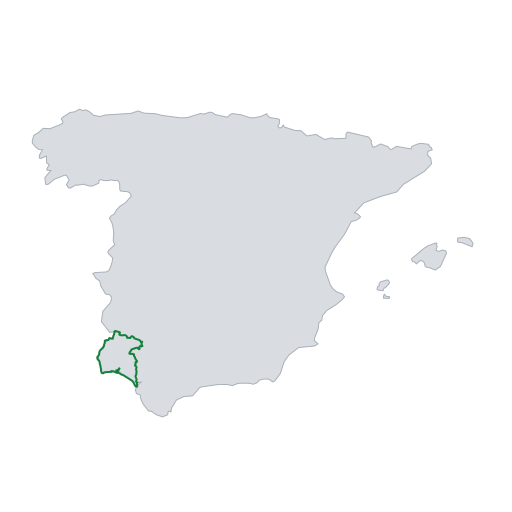 Huelva on a map of Spain (Natural Earth projection), rotated 357°
{"feature_id": "ESP-5824", "entity_name": "Huelva", "entity_type": "Autonomous Community", "adm_level": 1, "iso_a3": "ESP", "parent_name": "Spain", "parent_adm1": "", "projection": "natural_earth1", "projection_center": [-6.789, 37.509], "detail": "fine", "context": "in_parent", "style": "outline", "palette": "green", "viewbox_px": 512, "rotation_deg": 357, "n_neighbors": 0, "source": "natural_earth", "source_scale": "10m", "svg_char_len": 6271}
<svg xmlns="http://www.w3.org/2000/svg" viewBox="0 0 512 512"><g transform="rotate(357 256 256)"><path d="M274.3,114.5L274.4,115.8L277.0,118.5L284.6,120.0L286.6,121.1L286.3,124.8L284.5,127.9L286.2,129.3L288.0,129.2L290.2,126.7L290.7,128.4L294.2,129.9L301.9,132.8L307.4,133.2L313.1,138.8L322.2,137.7L330.5,143.2L338.2,142.0L340.0,143.0L351.9,143.2L352.4,138.7L353.8,137.0L374.7,143.1L377.3,146.9L377.0,148.8L378.2,153.3L380.9,153.1L386.3,150.6L393.4,153.7L395.4,156.4L396.9,156.6L402.1,153.9L416.6,157.2L417.1,155.1L418.1,154.4L424.0,152.5L426.5,152.1L434.2,153.5L435.2,156.1L436.8,157.0L437.5,159.2L433.1,160.5L432.7,164.3L435.6,167.5L436.1,173.1L428.7,180.2L406.9,192.2L399.9,199.4L383.5,203.1L366.5,208.5L356.6,218.1L359.2,218.9L362.4,222.2L361.4,223.6L357.0,225.9L353.0,226.5L345.9,238.4L335.9,250.7L332.2,256.2L324.4,270.6L324.5,274.7L328.8,289.0L331.2,292.8L334.5,295.9L340.6,298.6L342.2,301.3L340.1,303.8L334.1,308.3L323.6,314.3L319.2,319.1L318.3,323.7L315.3,325.8L314.2,332.3L310.1,341.2L309.9,343.6L313.3,346.9L310.0,348.9L293.6,349.7L283.6,356.7L278.6,363.0L274.1,374.6L268.6,381.4L266.2,382.7L262.3,379.7L257.5,379.2L252.8,380.2L250.4,382.6L246.6,383.9L242.9,382.8L234.8,382.2L231.2,382.3L225.7,384.2L220.8,382.9L212.7,382.3L195.1,383.8L192.9,384.5L185.2,392.4L176.7,392.5L169.0,395.7L163.8,403.3L162.8,407.4L161.3,406.4L160.1,406.8L159.5,409.9L154.2,411.8L148.2,409.3L143.2,405.5L140.6,405.2L136.4,399.3L134.5,395.6L133.2,391.5L133.1,388.7L129.4,387.1L128.5,383.4L131.2,378.5L134.8,375.9L131.4,376.1L129.0,379.2L125.8,374.2L113.1,364.5L113.7,361.1L111.6,363.7L110.1,364.4L103.6,363.9L96.1,365.1L93.0,348.7L94.9,342.9L103.3,331.7L108.6,330.1L110.7,324.4L105.9,324.6L98.2,313.5L100.2,303.1L107.9,295.3L109.2,292.2L109.4,289.3L108.0,287.2L103.8,286.1L99.5,277.9L98.6,272.8L95.0,269.9L92.1,264.9L94.8,264.1L105.6,264.1L108.2,262.8L110.2,259.4L112.2,253.8L112.7,250.4L108.5,245.5L108.3,244.5L108.9,242.8L115.5,237.4L114.2,233.4L115.2,224.9L114.7,219.9L114.0,215.9L111.7,210.6L113.2,208.5L116.6,206.7L119.3,202.4L123.3,198.8L128.5,195.9L134.6,189.6L133.6,186.8L131.5,185.2L124.1,184.0L123.5,182.7L123.6,175.9L121.6,173.1L118.9,173.4L114.8,172.3L113.7,173.0L108.5,172.8L104.8,171.6L103.2,172.6L102.8,175.0L96.6,177.5L93.1,177.4L87.3,175.3L80.9,176.0L80.1,175.5L74.5,178.3L72.7,178.4L70.4,175.0L73.4,170.1L70.8,165.5L69.1,165.3L58.8,168.7L52.8,173.2L50.4,173.8L49.6,173.0L49.3,166.6L55.6,159.8L51.7,159.4L51.9,157.4L54.4,154.3L51.8,152.0L51.9,145.2L46.3,147.3L44.9,147.0L44.8,144.3L48.3,138.8L44.7,138.2L42.0,136.1L38.6,131.7L38.6,129.3L40.5,123.8L45.4,121.2L50.2,117.4L56.7,118.1L66.6,114.9L70.0,113.2L69.9,110.9L68.7,109.2L69.8,107.6L77.7,103.0L82.6,102.5L87.4,100.2L90.7,101.7L93.6,101.2L96.9,102.9L101.2,107.0L107.6,108.6L112.6,107.3L138.6,107.0L146.0,105.0L151.7,107.5L162.8,108.6L169.5,110.7L187.9,114.1L194.6,114.2L207.9,110.8L211.6,111.6L216.9,110.0L219.5,110.3L222.9,112.7L234.7,115.9L237.8,113.2L240.1,112.6L248.6,114.2L257.2,117.6L261.6,117.9L268.1,116.9L274.3,114.5ZM436.0,259.7L439.1,261.0L442.3,259.8L444.0,260.2L445.8,260.9L446.3,263.4L439.7,276.0L434.3,279.4L428.6,276.7L425.4,276.0L424.4,275.0L423.5,271.0L422.0,269.7L419.8,269.1L415.6,272.3L414.2,270.2L412.1,269.8L411.3,268.5L411.3,266.8L424.3,257.1L428.1,254.9L436.1,252.4L437.4,252.8L436.4,254.3L437.5,255.7L436.0,259.7ZM473.4,254.6L472.3,258.1L462.2,253.4L458.9,252.9L458.1,252.2L458.3,248.7L464.9,248.2L470.4,249.9L473.4,254.6ZM382.2,294.8L381.1,297.3L376.2,296.4L375.1,295.4L376.1,292.6L377.5,292.3L377.5,290.3L378.9,288.3L385.9,286.7L387.5,288.0L387.9,290.0L383.8,294.3L382.2,294.8ZM387.3,304.8L386.6,305.3L381.2,304.8L381.1,303.2L382.1,300.9L384.1,303.2L387.2,303.6L387.3,304.8Z" fill="#d9dde1" stroke="#a8b0b8" stroke-width="1"/><path d="M95.8,364.6L95.3,362.8L95.2,361.9L95.4,361.3L95.1,359.9L94.8,356.7L94.3,355.5L94.4,355.0L94.3,354.1L94.1,353.1L93.9,352.4L93.7,352.1L93.1,351.7L92.9,351.4L92.6,351.0L92.5,350.7L92.3,349.9L92.2,349.9L92.1,349.4L92.6,348.9L92.6,348.7L92.7,348.3L92.6,348.1L92.9,347.9L93.8,346.9L94.0,346.6L94.2,346.0L94.5,344.1L94.9,342.9L95.5,342.0L98.5,339.5L99.4,338.0L99.7,336.6L100.4,334.7L100.6,334.0L100.6,333.6L100.5,333.2L100.5,332.9L100.7,332.6L101.7,332.4L102.1,332.2L102.5,332.2L102.9,332.3L103.3,332.4L103.7,332.2L104.2,332.1L104.4,331.9L104.7,331.5L105.1,330.6L105.3,330.3L105.9,330.4L107.7,331.1L108.6,331.0L108.8,330.1L109.1,329.5L109.4,328.3L110.0,327.1L110.5,325.7L110.7,325.1L111.0,324.0L110.9,323.9L111.5,323.5L115.9,325.0L116.1,325.3L116.1,325.5L116.0,325.8L115.8,326.1L115.7,326.3L115.4,326.9L115.4,327.1L115.5,327.4L115.8,327.6L116.2,327.7L116.6,327.9L117.5,328.2L119.0,328.2L119.8,328.1L120.9,328.2L121.3,328.3L121.7,328.4L122.2,328.8L122.8,329.6L122.9,329.9L123.0,330.2L123.0,330.5L123.0,330.8L123.2,331.0L124.8,331.1L125.6,331.3L126.0,331.3L126.2,331.2L126.2,330.9L126.4,330.7L126.9,330.3L127.1,330.1L127.2,329.9L127.4,329.7L127.7,329.6L128.0,329.6L128.4,329.8L129.7,330.7L129.9,331.1L130.0,331.4L130.1,331.7L130.2,331.9L131.0,332.2L135.3,333.9L135.8,334.4L136.4,335.6L136.6,335.5L137.4,335.6L137.7,335.7L137.0,338.1L137.8,339.8L137.0,340.3L135.8,339.9L135.2,340.1L134.8,340.7L134.8,342.3L134.8,342.7L134.6,342.9L134.4,342.9L133.9,342.8L133.8,342.7L133.6,342.5L133.6,342.0L133.5,341.8L133.1,341.5L131.7,341.4L127.2,342.7L126.6,343.1L125.5,345.0L124.8,345.5L124.7,345.8L124.5,346.8L125.4,347.2L127.4,347.2L129.0,347.9L128.8,349.1L129.6,350.3L130.2,352.3L131.6,354.7L131.6,355.0L131.5,355.4L131.2,355.6L130.4,355.7L130.1,355.9L130.0,356.3L130.2,357.4L130.1,357.8L129.7,358.3L129.5,358.6L129.5,359.1L130.6,360.1L130.8,360.7L130.8,361.2L130.4,362.4L130.3,362.9L130.7,365.2L130.3,366.5L130.4,367.8L130.3,368.0L129.6,369.0L129.5,369.4L129.4,369.9L129.5,370.4L130.3,373.0L129.6,375.1L130.8,376.2L130.7,376.4L130.4,377.2L130.6,379.7L130.4,380.1L129.2,380.1L128.3,378.9L127.3,376.3L126.5,375.0L125.6,374.0L117.6,368.3L116.7,367.8L116.0,367.6L115.4,367.4L114.1,366.3L113.4,366.0L112.8,365.6L112.2,364.7L112.0,363.7L112.2,363.2L112.6,362.8L113.7,361.2L114.1,360.4L112.5,362.3L111.6,362.9L110.5,362.9L110.5,363.2L111.2,364.3L111.6,365.0L111.6,365.4L111.2,365.5L108.4,364.1L107.3,363.7L106.0,363.3L105.2,363.7L106.1,363.8L106.5,364.0L98.6,364.2L98.1,364.4L97.5,365.0L96.9,365.1L96.3,364.9L95.8,364.6Z" fill="none" stroke="#15803d" stroke-width="2"/></g></svg>